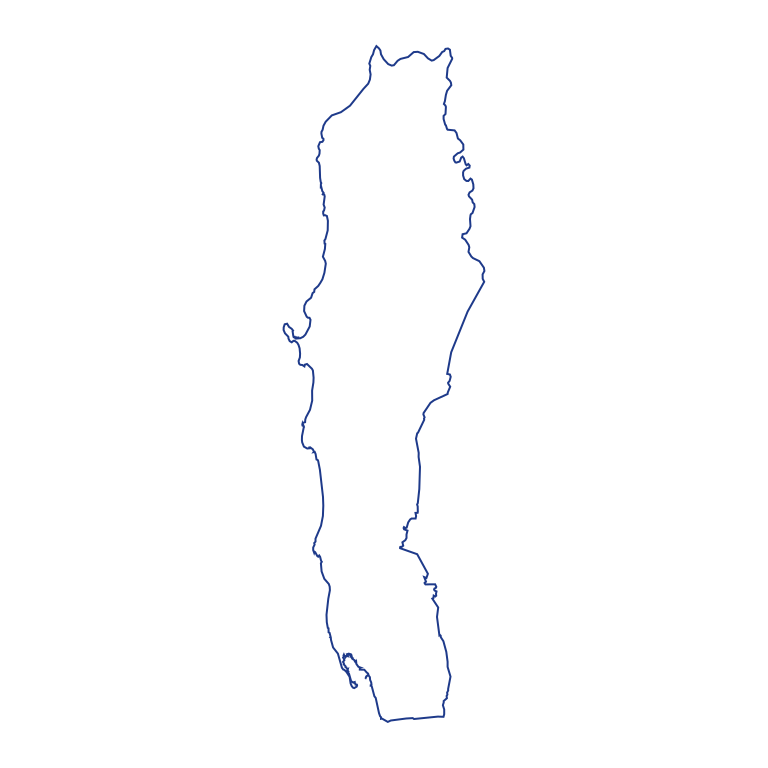 the district of La Union, La Union, Philippines
{"feature_id": "2640588B50881283310688", "entity_name": "La Union", "entity_type": "district", "adm_level": 2, "iso_a3": "PHL", "parent_name": "Philippines", "parent_adm1": "La Union", "projection": "equal_earth", "projection_center": [120.343, 16.561], "detail": "fine", "context": "isolated", "style": "outline", "palette": "blue", "viewbox_px": 768, "rotation_deg": 0, "n_neighbors": 0, "source": "geoboundaries", "source_scale": "gbopen_adm2", "svg_char_len": 6084}
<svg xmlns="http://www.w3.org/2000/svg" viewBox="0 0 768 768"><path d="M484.2,281.8L482.7,278.8L482.6,274.4L484.4,271.0L483.9,267.7L479.4,261.2L473.0,258.1L471.3,256.5L468.5,251.9L469.3,247.3L468.6,244.9L465.2,239.7L462.1,237.6L462.6,234.2L466.5,233.3L469.5,228.8L470.5,226.2L470.0,219.1L470.5,215.2L470.8,214.3L472.5,213.0L474.6,207.0L474.3,204.1L472.7,202.4L472.1,199.7L469.0,196.4L468.5,194.8L469.6,192.4L472.4,190.6L473.5,188.3L473.3,184.4L471.9,179.6L470.5,178.6L468.3,181.0L466.4,180.9L464.2,179.1L463.1,175.5L463.1,172.3L463.7,170.8L466.0,168.7L469.4,167.6L469.7,165.6L468.3,164.0L466.6,165.3L465.7,164.3L463.9,158.3L462.6,156.6L461.2,157.6L459.7,161.5L456.3,162.6L455.4,162.4L454.3,160.7L453.6,158.6L453.9,156.6L457.7,153.3L460.1,152.5L463.4,149.6L463.3,144.5L460.2,140.3L457.9,138.5L456.5,133.0L454.6,130.4L447.6,129.7L447.0,128.9L445.9,125.3L445.2,124.7L443.6,119.0L443.6,115.9L445.5,114.0L445.9,106.9L445.4,105.5L443.9,104.0L444.9,101.1L445.9,94.9L447.1,90.8L451.3,85.2L450.9,82.6L450.0,80.9L446.7,77.6L447.6,68.0L452.2,58.8L452.1,57.8L450.7,55.8L449.9,49.7L448.0,48.5L445.5,48.9L444.2,51.1L442.2,52.0L439.3,56.0L433.7,60.1L431.7,60.6L428.0,58.4L423.9,54.0L417.8,51.8L413.7,52.1L408.1,57.0L400.5,58.9L397.6,60.8L393.9,65.2L391.7,65.6L388.2,64.1L383.7,59.2L381.0,54.3L380.4,50.5L378.9,48.3L376.4,46.1L374.1,50.1L373.0,54.3L371.3,57.1L369.3,63.6L370.3,65.9L369.7,69.8L370.6,74.4L369.9,79.6L368.2,83.7L363.5,88.8L350.0,105.7L340.9,112.2L331.8,115.4L325.7,121.7L323.5,125.7L322.6,129.8L321.5,131.8L321.4,133.6L322.2,137.8L323.4,138.7L323.5,140.1L322.4,141.8L320.0,142.2L318.3,146.2L318.8,148.7L319.7,150.1L319.5,153.6L318.9,155.6L317.0,158.0L316.6,159.5L316.8,160.7L318.9,162.7L319.7,166.0L320.1,177.9L320.7,181.9L321.3,183.1L320.9,183.9L320.8,188.5L321.3,187.1L322.3,191.1L323.6,192.9L322.2,195.1L323.4,193.7L324.3,194.7L324.7,196.5L323.6,204.6L324.7,207.5L324.0,210.6L323.2,211.4L323.2,213.6L323.8,215.4L325.1,215.2L326.9,216.0L327.9,220.8L327.7,230.4L325.4,239.1L324.4,240.5L324.6,243.6L325.3,243.9L324.9,249.0L322.9,256.7L325.2,261.0L325.8,263.7L324.4,272.8L322.4,279.3L320.3,282.9L318.2,286.0L314.5,289.3L314.2,291.9L312.6,293.1L311.1,297.7L306.5,301.5L304.4,305.7L304.1,311.1L306.7,316.7L307.9,317.7L309.5,317.8L310.5,319.8L309.7,326.5L305.4,334.6L303.2,336.8L300.1,338.3L298.4,338.2L298.3,336.5L298.3,338.4L297.1,338.5L297.0,336.8L297.0,338.5L296.2,338.6L295.8,336.4L295.8,338.4L295.4,338.4L295.4,337.7L294.0,337.3L294.2,336.8L293.6,336.8L293.3,336.0L292.6,331.3L293.1,330.6L291.7,328.8L289.0,326.9L287.1,323.7L284.7,324.3L283.7,327.3L283.6,330.0L285.0,333.3L288.3,336.7L288.5,338.6L289.7,341.1L291.7,342.3L293.5,340.8L294.9,341.0L297.2,342.7L298.5,344.9L299.6,348.3L300.1,353.6L299.9,357.4L298.6,361.0L299.1,363.7L300.3,364.8L302.3,365.0L304.4,366.4L304.8,364.7L307.0,364.0L311.9,368.7L312.9,370.5L313.6,377.7L313.4,382.5L312.1,390.6L312.2,400.6L310.0,409.8L306.1,417.1L305.3,419.4L305.1,422.2L302.9,422.8L302.5,423.5L302.3,424.5L302.5,425.6L303.0,425.8L302.4,424.7L302.6,423.5L303.9,426.6L302.0,436.1L301.9,440.1L302.2,442.4L303.9,446.6L307.2,448.5L310.3,448.2L309.7,447.4L310.1,447.3L312.8,449.3L314.0,451.7L313.7,452.1L314.7,451.9L315.6,454.0L316.5,459.5L317.8,460.1L318.2,461.1L319.9,469.8L323.0,497.0L323.3,505.7L322.9,516.0L321.0,525.8L315.5,538.7L315.5,541.6L314.2,543.1L314.6,544.6L313.2,547.5L313.2,550.1L314.2,552.9L314.6,551.8L315.2,552.2L317.4,556.2L318.2,556.7L319.2,555.5L320.1,556.8L321.1,560.8L321.8,561.8L320.9,563.3L321.6,571.4L324.3,578.8L328.8,584.0L329.7,586.7L329.9,590.2L328.3,598.7L326.5,614.8L326.8,622.3L327.8,627.9L328.5,628.3L328.6,632.3L329.6,632.9L330.6,636.8L330.2,637.3L330.8,637.7L331.0,639.9L333.1,647.5L337.9,653.6L341.9,667.7L343.3,669.6L344.3,669.8L346.5,672.0L349.6,676.8L350.6,683.4L351.6,685.9L352.9,687.6L354.2,688.1L356.7,686.6L357.1,685.3L356.9,684.7L355.5,684.6L355.2,683.2L354.0,682.8L354.3,682.1L352.9,682.4L351.1,681.1L349.0,673.7L347.5,671.9L348.3,671.5L347.6,670.3L347.8,669.4L347.3,669.8L347.4,669.0L346.3,667.7L345.7,668.1L346.1,667.4L345.5,667.1L345.5,666.2L343.7,664.3L343.9,663.4L343.0,661.9L344.4,660.1L343.1,657.5L343.9,656.8L343.5,655.5L343.9,654.6L344.7,656.4L345.5,656.1L345.6,657.1L346.6,655.9L347.8,656.2L347.0,654.2L348.3,653.8L348.3,654.6L349.3,654.8L349.6,654.0L350.8,654.2L351.1,654.5L350.8,655.8L351.5,655.5L351.8,656.5L351.4,657.4L352.4,658.0L352.0,658.3L352.2,658.7L354.9,660.5L354.8,661.3L355.9,662.7L356.2,662.1L356.4,664.0L358.4,666.8L360.3,667.5L359.8,667.6L359.8,669.6L364.2,669.7L365.7,671.2L366.1,670.9L365.8,671.3L366.4,672.2L368.1,673.6L368.4,674.6L366.2,676.5L365.8,677.7L365.1,677.5L365.7,678.0L366.4,676.5L368.2,674.9L369.9,677.2L370.1,679.9L371.2,682.4L371.5,684.7L371.3,685.2L370.7,685.3L370.7,685.5L371.3,685.3L371.9,686.9L374.4,696.3L375.7,697.9L379.0,713.1L380.1,716.2L381.0,717.2L381.0,718.8L382.0,718.6L387.8,721.9L390.8,720.5L406.2,718.5L412.7,718.1L414.0,719.0L437.9,716.6L443.5,716.8L444.2,714.2L444.2,709.5L442.9,705.2L443.7,702.5L443.7,701.0L446.9,698.2L446.6,696.0L447.4,694.6L447.1,692.7L448.2,690.4L448.1,689.1L450.5,676.6L447.6,666.9L447.6,661.8L446.3,651.9L443.4,641.2L440.8,637.2L440.7,635.7L440.0,635.0L439.4,635.4L437.0,616.9L438.2,607.5L432.3,598.6L433.4,598.1L433.7,595.6L435.3,596.5L436.2,595.7L436.0,593.7L436.5,591.4L434.7,590.6L434.1,589.7L434.4,588.6L436.0,587.7L436.3,586.8L435.1,584.3L425.5,584.4L424.7,583.4L424.6,582.8L426.0,581.7L424.2,577.1L426.4,578.0L427.9,573.8L417.2,554.2L400.1,548.2L400.1,547.4L400.3,546.9L402.2,546.6L403.2,545.7L402.4,542.3L405.3,540.2L406.5,538.0L406.5,534.5L407.5,530.6L404.1,529.3L403.6,528.0L404.0,527.1L405.6,528.1L406.7,527.6L408.2,522.4L410.1,519.5L411.6,518.5L415.6,518.5L416.1,516.1L415.5,512.9L417.6,512.8L417.8,511.8L417.7,506.4L417.1,504.5L417.8,503.1L419.3,489.1L420.0,466.8L418.6,456.9L418.7,452.9L416.0,438.7L417.2,433.3L418.0,432.7L424.2,419.8L424.0,418.5L424.6,417.3L423.4,414.5L423.6,413.0L430.5,402.8L434.1,400.2L447.6,394.0L447.8,392.4L450.2,386.7L448.2,383.6L448.1,382.7L449.6,380.9L450.7,376.8L449.9,374.5L447.2,373.9L451.2,352.3L467.6,311.6L484.2,281.8Z" fill="none" stroke="#1e3a8a" stroke-width="2"/></svg>